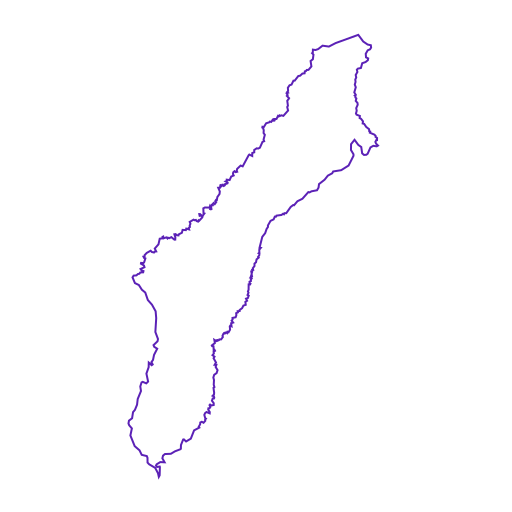 Feliz Natal, Mato Grosso, Brazil (Robinson projection), rotated 161°
{"feature_id": "56859067B37239416580706", "entity_name": "Feliz Natal", "entity_type": "district", "adm_level": 2, "iso_a3": "BRA", "parent_name": "Brazil", "parent_adm1": "Mato Grosso", "projection": "robinson", "projection_center": [-54.221, -11.85], "detail": "fine", "context": "isolated", "style": "outline", "palette": "violet", "viewbox_px": 512, "rotation_deg": 161, "n_neighbors": 0, "source": "geoboundaries", "source_scale": "gbopen_adm2", "svg_char_len": 6132}
<svg xmlns="http://www.w3.org/2000/svg" viewBox="0 0 512 512"><g transform="rotate(161 256 256)"><path d="M294.1,311.8L294.2,310.0L298.3,307.8L298.7,308.4L299.6,307.4L300.8,308.4L301.1,309.7L302.4,309.8L303.2,310.7L307.6,309.8L307.5,307.8L308.9,306.2L309.0,305.0L310.5,304.4L310.6,302.9L313.0,304.6L313.9,303.3L316.9,304.6L318.5,302.1L322.1,301.6L322.6,300.7L324.1,301.4L324.9,302.9L326.1,303.1L326.2,299.9L327.0,297.8L327.8,298.0L329.9,301.4L332.2,301.1L333.3,302.0L334.0,301.4L334.7,302.8L337.7,302.8L337.4,304.6L338.2,304.5L338.7,303.2L341.4,303.7L344.4,298.8L349.3,296.0L348.9,292.8L350.5,293.1L351.3,292.5L353.2,293.7L353.9,295.3L358.3,294.5L361.0,293.1L361.5,291.8L362.6,292.0L362.4,290.5L361.4,289.7L363.8,286.5L364.7,286.0L366.9,286.9L367.3,286.2L365.0,283.5L365.1,281.7L369.4,281.3L368.9,279.7L367.3,278.4L368.0,277.3L370.8,278.1L372.0,277.2L373.6,277.4L375.4,276.6L378.1,277.3L379.7,276.0L379.3,269.8L376.2,266.7L374.9,261.3L372.6,257.5L372.6,249.6L370.2,243.8L368.9,236.4L370.6,229.7L375.9,216.9L375.7,209.4L376.9,207.4L381.9,205.1L381.8,203.3L379.6,200.5L384.6,195.7L387.2,191.3L389.4,189.7L389.0,187.1L390.2,186.7L392.1,190.1L393.7,185.8L397.9,180.5L398.9,172.4L401.2,171.3L404.1,173.9L405.4,173.7L407.9,170.3L408.7,165.8L414.4,159.3L416.9,154.1L420.6,149.9L423.1,148.4L426.0,142.9L429.7,141.7L431.1,139.2L431.0,137.2L429.5,133.4L433.2,127.2L432.6,115.7L429.4,110.2L428.8,105.2L424.4,102.4L424.3,100.5L425.8,96.0L424.8,93.8L420.3,88.5L419.4,82.6L419.8,78.8L418.5,80.0L415.6,87.7L415.6,88.3L418.1,88.7L418.8,90.4L417.7,91.4L413.6,92.3L409.6,90.7L410.4,95.2L408.9,97.5L406.6,98.4L400.9,96.7L396.2,97.7L390.5,97.9L389.8,98.2L388.5,101.7L384.6,106.2L383.9,106.1L382.5,103.4L377.1,104.5L371.3,111.3L365.5,112.2L365.8,113.1L363.6,115.1L362.9,116.7L361.2,116.9L359.9,115.4L357.6,116.7L357.4,117.8L356.3,118.5L356.8,119.1L356.6,122.6L355.3,124.0L353.6,124.6L351.0,122.3L350.5,123.5L351.2,126.3L350.6,127.5L349.5,127.2L348.4,128.0L348.5,130.1L347.8,130.5L346.9,129.2L344.5,128.9L343.9,130.6L344.8,133.5L343.3,135.4L342.1,135.0L341.6,135.6L341.5,137.0L342.5,137.9L340.8,138.8L340.1,140.3L339.1,145.2L338.0,145.6L337.9,148.0L336.1,152.4L335.9,155.0L334.2,157.3L331.4,158.1L329.5,160.6L330.3,164.2L328.9,166.0L330.5,166.6L328.5,168.3L329.4,173.2L328.0,174.3L329.4,176.4L327.6,177.5L327.3,179.2L325.6,179.7L325.8,180.9L326.6,181.0L325.6,184.4L326.8,185.0L326.9,185.8L323.2,187.1L322.7,190.3L321.4,188.7L320.8,189.2L320.0,189.1L320.1,188.4L318.4,188.5L317.8,189.1L316.1,188.5L313.7,190.2L313.7,191.4L312.2,193.0L310.7,192.9L310.8,193.6L309.1,193.5L308.4,192.5L307.6,193.6L306.8,192.8L304.5,194.8L303.7,198.0L303.0,198.5L302.0,197.5L301.4,200.5L299.3,200.5L300.1,202.8L298.8,203.6L298.4,205.1L295.2,204.7L293.8,206.5L293.4,208.4L291.5,208.6L291.3,209.8L289.4,209.3L289.0,210.3L286.1,211.2L284.1,213.2L281.6,213.2L281.0,216.1L279.0,216.6L279.3,218.9L277.4,218.9L275.8,220.9L276.7,221.9L275.0,223.8L275.2,225.1L274.0,226.5L272.2,231.5L270.9,231.0L270.3,231.6L270.9,232.3L270.5,233.8L268.9,234.0L268.6,235.3L267.5,236.1L268.4,237.1L266.4,237.9L266.3,238.7L267.3,238.6L265.9,240.4L265.6,242.3L265.1,241.8L264.7,242.3L264.2,244.1L263.2,243.8L263.0,245.5L260.7,247.0L259.9,249.3L258.0,250.1L256.6,252.6L254.0,253.6L254.3,254.5L252.7,255.6L251.9,257.3L252.5,257.8L251.7,258.2L250.9,260.8L248.9,262.1L250.0,262.6L243.8,272.1L239.9,274.6L237.2,278.1L235.2,279.6L234.8,281.0L230.8,284.5L227.4,284.9L225.4,287.1L224.3,286.7L223.5,287.5L218.5,286.5L216.9,287.1L216.0,286.3L215.2,287.2L213.5,286.6L207.2,291.1L204.2,292.1L203.5,291.6L199.0,294.3L193.5,295.0L185.7,299.4L184.7,298.7L182.5,299.1L176.9,298.3L174.6,300.3L173.0,303.5L166.3,305.8L161.9,308.6L157.0,309.4L155.5,310.8L147.5,309.4L139.0,311.4L131.2,319.0L130.7,320.5L131.7,325.3L129.7,330.8L125.0,333.8L123.1,327.7L121.0,324.8L122.2,318.5L121.0,316.4L118.8,315.8L117.2,316.3L112.4,321.4L109.2,322.0L106.2,320.4L104.7,320.7L105.9,323.2L106.0,325.0L104.3,326.6L103.8,326.3L103.1,328.2L104.2,329.7L103.8,330.6L104.5,332.2L108.2,335.5L107.5,336.5L108.3,337.1L107.8,339.1L109.8,342.2L110.7,345.7L112.0,346.6L111.0,348.5L112.0,351.5L113.1,352.7L112.2,354.6L114.9,356.9L115.1,358.2L113.5,360.5L113.1,363.2L110.6,365.9L110.2,367.7L111.2,370.2L109.8,372.3L110.4,373.5L109.9,375.0L110.3,375.5L109.2,375.9L109.8,378.7L106.7,383.1L106.8,385.9L105.2,388.2L104.7,390.5L103.1,392.2L102.8,394.7L100.2,397.0L100.0,399.3L98.7,400.0L95.6,399.6L92.8,403.7L89.3,403.7L86.5,404.7L85.6,406.3L87.3,408.0L86.4,411.5L83.4,414.1L80.9,414.3L79.3,415.6L78.8,417.9L81.6,419.6L84.8,423.9L87.3,431.8L111.3,431.4L118.9,430.3L124.6,433.2L129.9,431.4L132.7,431.4L135.0,432.6L136.1,429.8L136.9,429.5L136.1,427.7L138.2,423.5L140.9,422.6L141.9,417.2L145.8,414.9L147.4,415.4L148.6,414.6L149.7,414.7L150.6,412.9L152.7,413.4L155.6,412.1L157.4,412.4L162.3,409.2L163.5,409.6L166.6,406.5L168.7,406.5L171.1,404.7L171.9,401.6L173.1,400.9L172.6,399.9L174.1,399.8L173.7,397.8L174.7,397.3L173.0,393.7L173.5,394.2L175.9,392.6L176.9,387.7L178.0,386.7L178.3,383.1L184.5,379.6L186.3,380.8L187.7,380.6L188.1,381.3L189.1,380.6L189.6,381.3L192.0,378.9L193.8,379.5L194.1,378.7L195.2,379.7L195.7,379.5L195.5,378.3L196.7,378.7L198.0,377.8L199.1,378.6L199.9,378.1L203.2,378.2L206.6,375.4L207.8,376.1L208.2,375.4L207.7,374.9L207.7,372.5L208.8,369.8L208.2,367.7L210.9,363.7L210.9,361.9L212.7,361.8L217.1,357.1L219.0,356.9L220.3,357.6L223.2,356.8L223.9,354.6L226.0,354.6L227.0,351.8L229.3,354.1L230.1,353.7L239.4,345.1L241.1,346.5L245.5,344.5L246.5,342.8L246.4,341.8L247.9,341.9L248.7,343.2L250.3,342.5L251.1,341.0L250.9,339.4L253.6,339.2L256.2,336.4L258.8,337.7L259.2,336.5L260.4,336.4L258.9,334.7L259.3,334.0L261.9,333.9L262.1,334.8L262.5,333.0L263.7,332.7L264.3,334.1L265.7,333.3L266.0,334.6L266.6,334.6L267.8,332.3L269.5,332.8L269.2,328.8L270.3,326.5L273.3,324.4L274.8,321.7L275.5,322.1L276.7,321.1L276.1,319.9L278.1,318.5L278.8,319.9L280.1,319.2L280.3,318.2L281.3,318.7L282.7,316.3L282.8,314.9L283.5,314.8L284.1,315.3L283.1,316.6L283.3,318.1L284.2,316.9L288.5,318.5L290.3,318.2L291.7,313.5L291.0,313.0L293.3,311.4L294.1,311.8ZM294.1,311.8L295.3,313.9L296.0,314.1L296.2,312.3L294.1,311.8Z" fill="none" stroke="#5b21b6" stroke-width="2"/></g></svg>